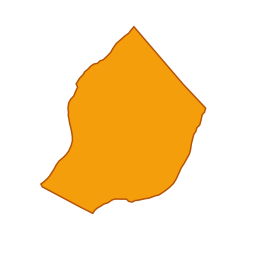 Novo Gama, Goiás, Brazil (Equal Earth projection), rotated 208°
{"feature_id": "56859067B18027266556468", "entity_name": "Novo Gama", "entity_type": "district", "adm_level": 2, "iso_a3": "BRA", "parent_name": "Brazil", "parent_adm1": "Goiás", "projection": "equal_earth", "projection_center": [-48.065, -16.126], "detail": "fine", "context": "isolated", "style": "filled", "palette": "amber", "viewbox_px": 256, "rotation_deg": 208, "n_neighbors": 0, "source": "geoboundaries", "source_scale": "gbopen_adm2", "svg_char_len": 1280}
<svg xmlns="http://www.w3.org/2000/svg" viewBox="0 0 256 256"><g transform="rotate(208 128 128)"><path d="M194.5,142.6L191.7,140.5L191.4,135.6L190.9,130.8L192.1,126.6L192.1,122.4L190.3,117.3L188.0,114.0L186.4,110.6L184.2,108.1L182.1,105.2L179.5,102.3L177.3,99.8L175.4,97.4L173.2,94.4L171.0,90.5L169.9,85.6L169.5,79.8L170.3,74.8L171.3,71.6L173.4,66.4L174.0,61.4L174.0,56.8L174.4,52.3L174.7,48.7L175.6,44.9L176.8,41.6L178.6,37.6L176.0,35.8L170.3,35.8L166.1,35.8L163.1,35.8L158.5,35.8L155.7,35.8L153.1,35.8L148.8,35.8L144.7,35.8L140.8,35.8L137.6,35.8L132.7,35.8L119.0,36.1L118.7,39.9L117.2,43.5L115.5,46.0L113.8,49.3L110.6,52.6L108.4,56.8L106.3,59.1L103.0,60.8L99.5,62.6L96.2,64.4L92.8,63.6L89.6,64.5L87.7,67.2L84.4,69.6L80.2,73.2L76.3,76.2L72.4,80.6L69.2,83.5L66.0,89.4L63.6,94.8L61.8,100.4L61.5,105.3L61.9,112.1L62.3,117.7L61.8,123.4L61.6,133.8L62.6,138.2L64.6,143.7L66.0,149.5L66.9,153.1L66.5,156.8L67.3,160.6L66.1,164.2L67.2,169.3L68.7,174.4L67.9,177.9L68.8,182.0L99.8,192.5L127.8,203.5L163.8,217.6L170.3,220.2L171.1,216.8L171.9,211.9L173.8,208.2L178.0,197.1L178.7,190.9L178.8,186.8L179.8,182.8L181.8,176.8L184.3,174.0L185.3,170.8L188.1,168.5L190.0,165.0L191.0,161.2L192.6,157.4L192.8,153.7L194.1,149.1L194.5,142.6Z" fill="#f59e0b" stroke="#b45309" stroke-width="1.5"/></g></svg>